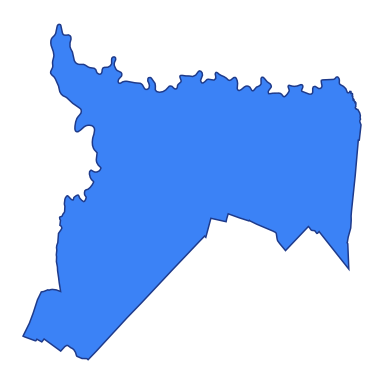 outline of Hong Dan, Bạc Liêu, Vietnam
{"feature_id": "81297802B80223312825495", "entity_name": "Hong Dan", "entity_type": "district", "adm_level": 2, "iso_a3": "VNM", "parent_name": "Vietnam", "parent_adm1": "Bạc Liêu", "projection": "robinson", "projection_center": [105.381, 9.509], "detail": "fine", "context": "isolated", "style": "filled", "palette": "blue", "viewbox_px": 384, "rotation_deg": 0, "n_neighbors": 0, "source": "geoboundaries", "source_scale": "gbopen_adm2", "svg_char_len": 5640}
<svg xmlns="http://www.w3.org/2000/svg" viewBox="0 0 384 384"><path d="M60.4,24.7L59.1,24.3L58.1,24.7L57.4,25.6L57.0,27.0L55.7,33.4L54.6,35.3L52.2,37.7L51.3,39.2L50.9,40.8L50.8,43.0L51.1,45.3L53.3,51.6L53.9,55.3L53.7,57.0L52.7,61.0L52.5,62.8L52.8,65.9L52.6,67.4L50.8,71.3L50.6,72.2L50.7,73.3L51.7,74.8L54.2,77.1L55.3,78.8L58.5,86.0L59.8,91.7L61.3,94.2L63.1,95.8L65.7,97.0L67.0,97.9L72.7,103.3L78.8,107.5L80.4,108.7L81.1,109.7L81.3,111.6L80.9,113.2L79.4,115.2L78.3,116.4L76.9,118.4L75.7,121.8L75.0,126.0L74.9,128.3L75.0,129.6L75.5,130.9L76.0,131.4L76.9,131.8L78.1,131.7L80.6,130.0L84.2,126.8L85.9,125.8L87.2,125.4L89.1,125.2L91.7,125.6L93.0,126.4L94.0,127.6L94.5,129.0L94.5,130.7L93.9,134.2L92.9,137.4L92.6,138.9L92.3,142.1L92.5,145.3L93.4,148.1L94.3,149.7L97.1,152.8L96.3,159.6L96.4,161.0L96.8,162.6L98.3,165.2L100.2,167.0L100.8,167.7L100.9,168.3L100.1,169.9L99.2,170.9L97.2,171.9L95.8,172.1L94.6,172.0L93.3,171.4L91.2,170.2L90.6,170.4L89.6,171.7L89.4,174.0L90.3,177.5L91.5,179.6L93.5,181.5L93.6,182.2L92.2,184.8L90.2,187.4L88.1,189.2L85.9,189.9L84.9,190.7L84.5,192.3L84.5,194.1L84.8,195.1L86.0,196.9L86.2,197.5L85.6,199.5L84.5,201.3L83.6,201.6L81.7,200.3L79.7,198.1L78.8,195.8L78.2,195.1L77.6,195.1L76.3,195.6L74.3,197.1L73.8,197.7L73.4,199.5L73.0,200.0L72.2,199.9L70.8,199.0L69.2,197.2L67.7,195.8L67.2,195.8L66.5,196.3L65.4,197.9L64.9,199.3L64.4,203.2L64.4,204.3L64.9,206.4L64.6,211.6L64.1,212.7L63.2,213.7L62.1,216.0L61.6,216.5L60.1,216.8L59.6,217.4L59.8,219.1L60.5,220.2L59.9,225.3L61.1,226.1L61.7,227.4L61.8,228.3L61.0,229.8L58.5,233.4L57.8,242.6L56.8,245.4L56.5,247.6L56.8,250.2L56.3,254.9L56.6,256.9L56.4,261.6L57.4,266.9L57.6,270.8L58.6,277.7L59.2,282.6L60.6,291.5L56.3,289.9L52.3,289.4L50.3,289.7L49.0,290.2L47.9,289.8L43.7,291.5L41.3,291.9L37.5,299.7L33.2,313.0L29.4,323.2L23.0,336.1L24.4,336.8L35.3,340.8L35.9,340.7L36.9,339.2L41.8,341.9L44.1,339.0L60.7,351.1L64.8,346.6L66.6,345.5L67.8,345.5L70.9,347.8L72.4,348.5L73.9,349.8L75.5,352.4L76.4,355.4L76.9,356.3L82.0,358.5L86.6,358.6L87.1,358.8L88.1,359.7L96.2,351.3L127.3,317.5L141.9,302.4L171.2,271.1L200.0,240.8L204.6,236.1L205.8,237.3L210.9,218.3L226.1,221.7L226.7,218.8L228.2,213.8L239.8,218.0L248.9,220.9L249.3,220.3L250.2,221.0L256.5,224.1L273.0,231.1L275.3,232.3L275.8,232.7L276.3,233.6L277.1,238.9L277.6,240.7L279.6,243.5L285.5,250.6L308.4,226.5L309.6,227.8L310.9,229.8L311.9,230.4L314.7,230.7L316.8,233.4L317.5,233.3L319.1,231.6L348.8,269.1L347.8,244.3L347.7,243.5L347.1,242.8L347.4,241.9L348.2,237.1L350.7,228.1L351.2,220.3L351.1,216.0L351.5,211.1L355.2,175.7L358.3,140.1L359.3,140.1L361.0,124.9L359.8,121.7L359.9,120.3L360.5,119.3L360.1,117.2L360.4,115.8L359.7,112.9L357.8,109.5L356.5,109.3L356.2,108.7L355.6,108.6L355.3,107.4L355.9,106.3L355.7,105.2L355.9,104.4L355.9,102.9L354.9,102.7L355.2,101.8L354.2,101.1L354.0,100.0L353.4,100.3L353.1,100.1L353.1,99.6L353.6,99.1L352.9,98.3L352.7,97.7L352.8,96.6L352.1,95.9L352.6,95.2L352.4,93.6L351.0,93.5L351.2,92.8L350.8,92.3L351.0,91.8L350.9,91.5L349.8,91.4L349.4,92.3L348.8,92.8L347.9,92.8L347.3,92.4L345.8,88.7L343.5,86.4L340.3,84.6L339.5,83.8L339.3,82.8L339.4,80.1L339.0,78.5L338.0,77.2L337.2,76.9L336.2,77.2L334.7,78.9L333.5,79.4L322.7,79.9L321.4,80.3L321.2,81.0L321.4,82.9L322.0,85.9L321.8,86.9L321.1,87.9L320.5,88.4L318.8,88.6L315.4,86.5L314.8,86.4L313.3,86.9L312.7,88.4L312.7,92.3L312.2,93.4L311.2,94.1L309.9,94.2L308.9,94.0L301.9,91.3L301.6,90.5L301.7,89.8L302.7,87.6L302.9,86.1L302.3,85.0L301.6,84.7L300.6,84.7L297.2,86.0L294.3,86.4L292.1,86.1L289.2,85.3L288.5,85.5L288.2,86.1L288.1,86.8L289.1,89.8L289.2,90.6L288.9,91.6L287.2,94.2L285.4,96.1L284.3,96.7L283.4,96.5L281.6,94.3L280.4,93.4L278.8,93.1L272.9,93.2L269.9,93.7L268.6,93.6L268.2,91.9L268.6,90.7L271.1,87.3L271.3,86.2L270.9,85.0L270.2,83.9L267.2,81.8L264.3,78.3L263.1,77.3L262.0,77.2L261.3,77.9L261.0,78.8L261.1,83.8L260.0,85.4L258.3,86.4L256.5,87.1L253.5,90.6L252.7,90.8L251.9,90.5L249.9,87.2L248.5,86.3L247.0,86.0L245.8,86.2L244.3,87.0L241.2,89.6L239.4,90.5L238.4,90.4L237.7,89.7L237.2,88.6L237.6,83.4L237.2,80.7L236.2,78.2L235.1,77.4L233.7,77.6L230.9,79.9L229.7,80.4L228.4,80.1L226.3,78.1L223.9,76.6L221.3,75.5L219.2,74.3L217.6,72.9L216.6,72.4L215.9,72.5L215.5,73.1L215.2,74.1L215.7,76.3L215.7,78.5L214.0,80.1L208.1,79.2L206.9,79.6L205.0,81.6L203.2,82.9L202.0,83.0L201.0,81.8L200.6,80.3L202.5,75.2L202.1,72.8L200.9,71.3L199.5,70.9L198.5,71.4L195.7,75.1L192.7,76.5L189.4,76.0L185.6,75.9L182.4,75.4L180.9,75.4L180.2,75.7L179.9,76.3L180.0,77.4L181.1,80.5L181.1,81.4L180.7,82.1L178.2,84.4L177.6,85.3L177.3,87.4L176.6,88.7L175.1,89.0L173.7,88.1L172.0,86.4L170.6,86.0L169.3,86.2L165.7,90.0L163.0,91.6L159.4,92.3L156.6,91.5L155.3,89.8L155.4,86.0L155.0,83.4L151.9,78.9L151.1,77.9L150.2,77.5L148.7,77.7L148.0,78.4L147.8,80.1L147.8,81.0L148.8,83.2L149.4,85.4L149.1,87.7L148.5,88.5L147.2,89.4L145.7,89.4L145.1,89.1L144.3,88.2L142.5,85.0L141.5,84.0L140.3,83.3L134.9,82.8L126.9,81.3L125.0,81.3L122.8,81.8L120.3,83.3L119.5,83.3L118.6,82.8L118.1,81.7L118.4,79.9L118.9,79.0L121.5,76.1L121.8,75.0L121.8,73.8L121.3,72.8L120.8,72.3L117.0,70.4L115.9,69.1L115.0,67.2L114.3,65.5L114.2,63.8L114.5,62.3L115.6,59.9L115.7,59.1L115.5,57.8L114.8,57.1L114.2,56.9L113.1,57.0L112.2,57.7L111.8,58.3L111.6,59.5L111.6,63.8L110.3,65.8L108.0,67.2L104.3,67.4L103.1,67.9L102.7,68.4L102.2,69.7L102.0,71.8L101.5,73.2L100.8,73.9L99.9,74.3L98.7,74.0L97.3,73.1L96.8,72.4L95.7,69.5L94.2,68.3L89.7,67.6L88.2,67.0L85.2,65.1L83.6,64.4L79.2,64.4L77.9,64.1L76.5,63.4L75.4,62.4L74.3,60.6L72.4,52.0L70.8,49.0L70.0,46.7L70.0,42.9L71.0,39.2L70.9,37.5L70.7,36.6L70.1,35.8L68.5,34.9L66.1,35.2L64.5,35.1L64.0,35.0L63.0,34.2L62.4,32.8L60.8,25.4L60.4,24.7Z" fill="#3b82f6" stroke="#1e3a8a" stroke-width="1.5"/></svg>